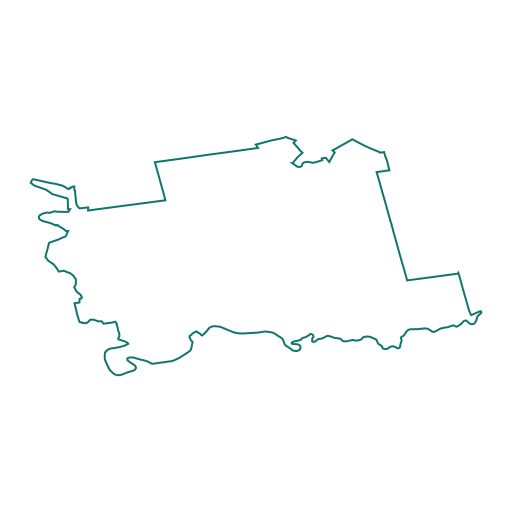 outline of Zlēku pag., Ventspils, Latvia
{"feature_id": "27541924B50328122617974", "entity_name": "Zlēku pag.", "entity_type": "district", "adm_level": 2, "iso_a3": "LVA", "parent_name": "Latvia", "parent_adm1": "Ventspils", "projection": "robinson", "projection_center": [21.854, 57.134], "detail": "fine", "context": "isolated", "style": "outline", "palette": "teal", "viewbox_px": 512, "rotation_deg": 0, "n_neighbors": 0, "source": "geoboundaries", "source_scale": "gbopen_adm2", "svg_char_len": 5952}
<svg xmlns="http://www.w3.org/2000/svg" viewBox="0 0 512 512"><path d="M109.0,368.7L109.7,369.9L113.3,373.4L114.8,374.4L117.5,375.1L118.8,375.2L120.4,375.0L123.0,374.2L127.4,372.4L132.1,371.0L133.4,370.6L134.5,370.0L135.2,369.3L135.7,368.6L135.9,367.7L135.8,367.0L135.3,366.0L134.3,365.0L129.0,361.6L127.8,360.5L127.3,359.9L127.4,358.5L128.1,358.0L129.4,357.5L133.1,357.4L138.0,358.9L146.8,361.1L152.3,363.9L153.9,363.6L158.9,362.9L162.6,362.4L165.0,362.1L168.7,361.5L171.7,361.2L173.2,360.6L174.1,360.4L174.9,359.9L177.1,359.0L179.2,358.0L180.3,357.3L187.7,352.5L189.7,351.1L190.1,350.7L190.8,349.8L191.3,347.9L191.7,346.8L192.1,344.0L192.3,343.3L192.5,343.0L192.6,341.9L190.8,340.2L190.6,339.4L189.6,337.7L189.6,336.1L191.7,334.5L192.1,333.9L193.7,332.7L194.8,332.2L196.3,331.7L196.7,331.4L197.9,332.4L198.2,332.8L198.7,333.0L199.0,333.2L199.5,333.3L200.1,333.8L200.4,334.2L200.8,334.6L200.9,334.8L202.1,335.5L204.2,333.8L207.2,330.5L208.5,328.8L209.6,327.7L210.3,327.3L211.6,326.7L213.1,326.3L214.7,326.2L217.2,326.4L219.3,326.6L221.1,327.2L223.2,328.0L231.3,331.4L233.6,332.3L235.6,332.8L239.0,333.4L242.8,333.5L258.0,332.6L265.0,331.5L266.1,331.6L268.8,331.9L270.4,332.1L271.9,332.5L273.6,333.0L274.8,333.7L276.5,334.7L277.5,335.6L280.8,337.5L281.9,338.4L282.8,339.3L283.3,340.3L284.4,343.7L285.8,345.7L288.6,347.3L291.4,349.4L292.8,350.5L294.9,350.9L296.6,351.0L297.6,350.8L299.1,350.1L299.9,349.5L300.4,348.8L300.4,347.3L300.2,346.0L299.7,345.4L299.0,344.8L298.0,344.4L296.3,344.2L293.4,344.0L292.4,343.9L291.8,343.6L291.6,343.1L291.9,342.6L292.5,342.0L293.3,341.7L294.7,341.3L297.0,340.9L300.3,340.0L301.1,339.4L302.1,338.3L302.8,338.0L305.6,337.1L308.9,335.3L309.8,334.4L310.5,334.0L311.4,334.1L312.3,334.5L313.0,335.0L313.5,336.4L313.4,337.0L312.3,338.2L312.3,339.4L312.1,341.2L312.4,341.6L313.7,341.9L314.8,341.7L318.2,339.2L319.0,338.9L320.5,338.9L322.0,338.4L323.4,337.9L326.3,336.3L327.5,335.9L328.7,336.0L329.8,336.2L332.3,337.1L333.7,337.7L340.2,338.7L341.3,339.4L342.1,340.6L343.6,341.2L346.4,341.4L349.2,340.7L352.3,340.0L353.3,340.0L354.2,340.3L355.6,340.6L357.6,340.5L360.1,339.9L361.4,339.3L362.8,337.6L363.9,337.0L364.9,336.8L367.1,336.5L369.4,336.7L371.4,337.3L372.5,338.0L375.4,339.0L376.5,339.9L377.0,340.8L377.6,342.7L378.7,344.0L379.4,344.6L380.9,345.4L382.0,346.3L382.6,348.0L383.2,348.6L384.6,348.9L385.6,349.1L387.4,348.8L388.7,348.0L389.3,347.3L390.9,346.6L392.6,346.3L394.2,346.6L395.1,346.9L397.0,348.0L398.3,348.3L399.0,348.1L399.7,347.5L400.0,347.0L400.2,345.3L400.7,343.8L400.8,343.0L401.7,340.5L401.0,338.3L401.0,337.4L402.0,336.6L403.9,335.5L406.2,331.8L407.7,330.3L409.9,329.3L410.9,329.2L413.5,329.3L415.5,329.1L417.0,329.2L418.0,329.2L420.2,328.8L425.5,328.4L427.2,328.7L428.9,329.4L430.5,330.4L432.3,331.7L433.7,332.0L435.0,331.5L436.5,330.9L439.9,328.8L441.7,328.3L445.2,327.5L447.2,327.3L448.3,327.0L452.7,325.5L453.5,325.4L454.6,325.8L455.7,326.4L456.7,326.7L458.0,326.1L460.7,324.2L462.0,323.0L463.2,321.6L464.3,320.8L465.5,320.5L466.3,320.6L467.1,321.2L468.2,322.2L469.5,323.5L470.9,324.1L472.6,324.1L473.9,323.9L474.9,322.9L475.9,321.3L476.8,318.7L477.1,317.4L477.8,316.0L481.0,313.2L481.3,312.3L480.9,311.5L480.4,311.1L471.3,315.1L471.0,314.8L469.1,310.7L464.3,293.8L462.5,287.6L459.3,275.8L459.0,275.3L458.4,272.9L458.2,273.2L457.8,273.5L456.8,273.8L407.1,280.4L406.4,277.7L404.3,270.2L400.1,255.8L396.1,241.3L393.8,233.1L391.2,223.2L390.5,221.2L385.0,201.5L383.8,197.3L378.0,176.8L376.6,172.1L389.4,170.3L387.6,162.9L386.9,160.4L385.1,155.8L384.1,152.1L380.1,152.7L379.8,152.2L369.5,148.0L363.7,145.3L352.3,139.3L345.0,143.5L339.9,146.3L335.1,149.1L332.5,150.4L333.2,151.0L333.5,151.1L334.7,152.5L332.9,155.3L331.8,157.4L329.3,162.0L325.8,157.8L321.8,158.4L322.2,160.2L316.8,161.9L313.1,162.8L307.3,161.8L304.3,162.3L302.5,163.6L301.8,165.9L300.2,166.9L297.5,166.8L292.4,163.2L292.5,163.2L296.0,159.1L297.1,157.7L302.5,152.8L299.4,149.8L298.7,148.7L293.5,142.9L295.8,140.5L288.1,138.0L285.7,136.8L284.9,137.4L279.5,138.8L271.2,140.5L255.8,144.6L258.1,147.9L244.9,149.8L220.7,153.1L207.8,154.8L194.6,156.7L181.3,158.6L154.9,162.2L163.8,194.2L165.4,200.3L119.7,206.3L95.5,209.5L90.9,210.2L88.1,210.5L88.2,207.4L79.4,208.4L77.5,206.1L77.1,205.5L76.6,204.5L76.2,203.1L75.3,194.1L75.1,193.1L75.0,190.6L74.2,189.7L74.3,186.5L72.4,186.7L71.3,187.4L70.0,187.7L70.1,188.4L69.2,188.8L68.1,189.1L66.3,187.8L63.6,186.2L62.3,185.6L60.7,185.2L57.7,184.4L55.3,183.8L50.7,183.1L46.1,182.1L33.1,179.2L31.8,180.4L31.3,181.6L30.7,182.7L34.4,185.6L46.3,189.8L52.3,194.1L67.5,198.5L67.8,200.1L67.9,205.6L68.0,209.1L70.0,209.2L69.7,209.6L69.3,210.5L68.3,211.9L59.4,211.8L56.0,211.6L55.0,211.3L53.5,211.6L49.5,212.9L47.3,212.5L43.4,213.4L41.8,214.1L39.7,215.4L38.9,216.7L39.0,218.1L39.5,219.2L40.4,219.8L42.4,220.8L43.3,221.2L48.5,222.6L51.1,223.4L54.7,225.0L55.9,225.5L56.2,225.0L57.2,225.4L57.9,225.1L59.1,226.3L63.5,228.9L66.1,231.1L68.1,231.0L66.0,235.9L64.8,236.9L63.2,237.3L60.3,238.6L58.8,239.4L49.2,242.7L48.5,244.9L47.4,249.6L47.1,250.5L45.4,256.9L48.3,260.8L53.7,264.4L56.9,268.5L57.7,270.1L58.9,271.6L63.9,270.7L66.9,272.1L70.0,273.1L73.3,275.6L75.9,279.4L75.8,284.4L74.2,287.2L76.6,291.6L80.6,294.8L81.9,297.5L81.3,298.5L79.6,298.8L79.4,302.5L78.5,302.7L78.2,302.7L74.5,303.2L77.1,314.1L77.8,316.4L79.2,321.1L79.9,322.1L80.9,322.2L81.5,322.7L82.1,322.6L82.4,322.9L83.0,322.8L83.6,322.8L84.2,323.0L84.4,323.2L85.2,323.1L86.3,322.8L86.8,323.0L87.4,322.5L88.8,321.5L89.2,320.7L89.8,320.2L90.4,319.8L90.9,319.7L92.8,319.7L93.7,319.8L95.1,320.2L97.0,320.9L98.4,321.3L99.4,321.4L101.3,321.2L102.3,322.0L103.5,323.7L111.9,322.6L115.3,321.7L116.7,323.6L116.6,324.6L116.9,324.9L117.5,327.2L118.2,330.6L118.8,332.2L119.4,334.2L119.3,336.2L118.4,338.1L118.3,339.3L119.6,339.7L125.1,341.5L127.5,342.8L128.2,343.8L124.5,345.7L119.4,347.1L114.6,348.0L111.1,348.4L109.0,349.1L106.6,350.5L106.5,351.4L105.0,352.3L104.7,356.7L104.9,359.5L107.1,364.7L109.1,368.7L109.0,368.7Z" fill="none" stroke="#0f766e" stroke-width="2"/></svg>